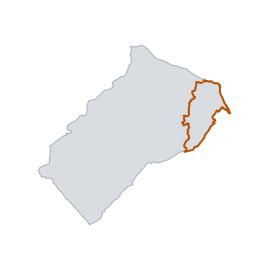 location of Western within Ghana, rotated 229°
{"feature_id": "GHA-2162", "entity_name": "Western", "entity_type": "Region", "adm_level": 1, "iso_a3": "GHA", "parent_name": "Ghana", "parent_adm1": "", "projection": "robinson", "projection_center": [-2.27, 5.896], "detail": "fine", "context": "in_parent", "style": "outline", "palette": "amber", "viewbox_px": 256, "rotation_deg": 229, "n_neighbors": 0, "source": "natural_earth", "source_scale": "10m", "svg_char_len": 6719}
<svg xmlns="http://www.w3.org/2000/svg" viewBox="0 0 256 256"><g transform="rotate(229 128 128)"><path d="M153.7,32.0L155.4,33.8L155.8,34.9L155.2,38.8L153.9,41.6L153.1,44.2L153.2,45.5L154.0,46.7L156.6,48.8L157.9,50.1L159.5,52.1L161.3,54.0L164.4,56.6L165.7,57.0L165.7,57.7L165.3,58.7L165.0,68.1L164.8,70.6L164.5,71.8L164.2,75.3L163.9,75.9L163.3,75.8L162.8,75.9L162.7,76.6L162.9,77.4L164.7,77.9L164.3,78.4L163.0,78.9L162.3,80.0L162.6,81.2L161.8,82.1L162.1,82.8L162.6,83.3L163.3,83.1L165.5,81.5L166.4,81.3L167.6,81.6L169.6,84.1L169.7,85.3L168.9,89.5L168.1,92.7L167.9,97.0L168.8,99.4L168.7,100.7L167.7,101.9L165.6,103.5L165.8,104.6L166.7,106.7L168.6,109.1L172.1,112.0L174.0,115.8L174.0,117.3L172.9,118.9L171.7,120.2L171.3,122.1L171.8,134.8L169.0,140.3L169.0,141.9L169.3,143.7L170.1,144.8L171.5,145.1L172.7,146.2L172.3,150.0L171.6,154.0L171.5,155.9L171.2,156.8L170.1,157.5L169.7,158.7L170.0,160.3L169.8,161.4L170.4,162.9L171.6,164.7L173.7,169.2L174.5,169.6L174.9,170.6L174.6,171.5L175.4,173.5L177.7,175.5L180.1,177.3L182.1,177.5L182.5,179.1L183.8,181.1L184.7,181.9L186.2,182.5L187.4,182.8L187.5,184.5L185.3,185.7L183.8,187.4L182.7,190.1L181.2,193.0L175.8,194.5L173.7,194.5L162.7,194.6L152.4,200.3L146.4,202.4L142.8,205.6L137.9,207.9L134.4,210.7L127.3,212.0L115.6,216.4L111.9,218.1L108.2,221.2L102.2,224.8L99.9,224.7L95.1,221.4L91.6,219.7L82.9,217.1L76.4,216.2L73.3,215.1L72.5,214.9L73.2,213.7L75.0,213.6L76.9,214.0L78.3,213.0L80.4,212.9L81.0,212.0L81.2,209.5L81.1,207.6L81.9,206.7L82.1,204.4L81.0,199.4L80.3,198.8L76.5,198.0L76.2,197.0L75.6,196.0L74.8,193.4L74.0,189.5L72.7,184.6L70.2,176.7L69.5,173.8L69.1,171.0L69.0,167.5L69.5,166.3L69.5,164.5L69.2,162.7L71.0,158.7L74.5,153.7L75.3,151.9L75.9,150.7L76.0,148.9L76.6,143.1L78.3,136.1L79.4,133.5L80.1,132.0L80.9,129.7L81.2,128.6L84.4,125.9L85.9,125.1L86.2,124.0L85.7,122.9L85.9,122.1L86.7,121.7L87.9,121.3L88.7,120.2L87.4,111.6L86.3,103.0L86.2,102.3L85.6,101.1L84.9,97.5L83.8,95.4L82.3,94.8L82.3,92.9L83.9,89.6L84.3,87.6L83.5,87.1L83.4,85.5L83.9,83.1L83.7,81.6L83.4,80.0L81.8,76.2L81.4,73.6L82.2,72.0L82.2,68.6L81.4,63.3L81.2,60.0L81.8,58.6L81.5,57.3L80.4,56.1L80.3,54.9L81.3,53.7L81.1,52.8L79.9,52.1L78.8,50.5L77.8,47.9L78.1,43.8L79.9,36.2L80.1,35.6L82.2,35.6L82.2,35.9L88.7,35.9L96.1,35.8L104.9,35.7L112.9,35.6L113.3,35.3L114.6,34.8L122.7,35.6L127.7,35.2L129.9,35.5L131.5,36.0L135.0,35.7L136.8,35.9L138.2,37.8L138.8,37.7L139.6,36.9L141.0,36.0L142.4,35.3L143.4,33.8L144.1,32.7L145.0,32.9L146.3,32.9L147.2,31.9L147.5,30.5L153.7,32.0Z" fill="#d9dde1" stroke="#a8b0b8" stroke-width="1"/><path d="M70.9,179.6L70.6,179.2L68.5,168.5L68.5,168.0L68.7,167.7L69.2,167.4L69.4,167.2L69.9,165.5L69.8,165.3L69.5,164.5L69.1,164.0L69.0,163.7L69.1,162.6L69.5,161.5L72.6,155.5L72.9,155.2L73.0,155.3L73.2,156.9L73.4,157.6L73.7,158.1L73.8,158.3L74.1,158.6L74.3,158.7L74.4,158.8L74.8,158.8L75.1,158.7L76.1,158.3L76.4,158.2L76.7,158.3L77.1,158.5L77.9,159.0L78.3,159.4L78.6,159.8L79.2,161.1L79.3,161.7L79.7,162.8L79.8,163.0L79.8,163.5L79.9,163.8L79.9,164.0L80.0,164.3L80.0,164.6L79.8,165.2L79.7,165.4L79.7,165.5L79.7,165.8L79.8,166.1L80.0,166.6L80.0,166.9L80.1,167.1L80.1,167.3L80.1,167.5L80.4,167.7L81.1,167.9L81.3,168.0L82.4,168.9L82.5,169.0L82.8,169.1L83.2,169.1L84.2,169.0L84.4,169.0L84.6,169.1L85.0,169.3L85.3,169.6L85.4,170.2L85.5,170.5L85.6,170.8L85.8,170.9L85.9,171.0L86.0,171.1L86.6,171.2L86.9,171.4L87.0,171.5L88.3,174.5L88.6,174.7L89.5,174.8L89.8,174.9L90.1,175.1L90.4,175.3L90.7,175.5L90.9,175.5L90.8,176.2L90.9,176.3L91.0,176.4L91.4,176.4L91.6,176.4L92.0,176.2L92.4,175.8L92.5,175.6L92.6,175.3L92.7,175.0L92.8,174.7L93.1,172.6L93.2,172.3L93.3,172.0L93.4,171.8L93.6,171.7L93.9,171.8L94.1,171.9L95.0,172.5L95.3,172.5L95.9,172.3L96.1,172.3L96.3,172.3L96.5,172.4L96.5,172.5L96.6,172.9L96.6,173.1L96.1,174.8L96.1,175.2L96.1,175.3L96.1,175.5L96.4,175.8L98.4,176.3L98.5,176.3L98.7,176.5L98.9,176.9L99.0,177.1L99.1,177.5L99.2,177.9L99.4,178.1L99.6,178.2L99.8,178.2L100.4,178.2L100.2,178.6L100.1,178.9L99.6,179.4L99.3,179.7L98.6,180.0L98.1,180.3L97.9,180.5L97.7,180.8L97.7,181.2L97.7,181.5L97.7,181.9L97.7,182.1L97.8,182.4L98.0,182.7L98.1,182.9L98.9,183.5L99.3,183.7L99.6,183.8L100.3,184.0L100.5,184.2L100.7,184.5L100.8,184.7L101.1,185.5L101.3,185.7L101.4,185.8L102.3,186.2L102.7,186.4L102.8,186.5L103.4,187.2L104.6,189.2L104.7,189.3L104.8,189.4L105.2,189.8L105.4,189.9L105.5,190.0L106.1,190.1L106.3,190.2L106.4,190.3L106.6,190.6L107.0,191.2L107.1,191.5L107.2,191.8L107.1,192.5L107.0,192.9L107.1,193.3L107.1,193.5L107.6,193.8L107.8,193.9L107.8,194.1L107.8,194.3L107.7,194.4L107.6,194.6L107.4,194.8L107.4,195.0L107.4,195.8L107.3,196.1L107.2,196.8L107.0,197.3L107.0,197.5L107.0,197.9L107.1,198.5L107.3,198.9L107.5,198.9L108.5,198.5L108.8,198.4L109.1,198.4L109.3,198.4L109.6,198.5L110.0,198.8L110.3,198.9L110.4,199.0L111.1,199.0L111.4,199.1L111.7,199.2L111.9,199.3L112.4,199.6L112.8,199.9L113.1,200.4L113.4,200.8L113.4,201.1L113.2,201.4L113.2,201.6L112.9,201.7L112.7,201.9L112.7,202.0L112.6,202.3L112.5,202.7L112.5,202.8L112.5,203.0L112.6,203.4L112.8,203.9L113.2,204.5L113.3,204.6L113.5,204.8L113.8,204.9L114.0,205.0L114.3,205.4L114.5,205.6L114.6,205.8L114.7,206.4L114.8,206.7L114.9,206.8L115.3,207.3L116.1,208.2L117.2,209.0L117.4,209.2L117.7,209.5L117.8,209.7L117.7,209.9L117.7,210.0L116.9,210.7L116.5,211.2L116.4,211.3L116.2,211.4L116.1,211.5L115.8,211.5L115.4,211.5L115.0,211.7L114.9,211.7L114.8,211.8L114.7,211.9L114.6,212.0L114.4,212.2L113.9,213.3L113.8,213.6L113.7,213.9L113.6,214.7L113.6,215.0L113.8,217.0L113.4,216.8L112.9,216.7L112.5,216.9L112.1,217.2L112.1,217.4L112.3,217.9L112.2,218.1L112.1,218.3L111.9,218.4L110.1,219.5L109.8,219.8L109.0,220.7L109.0,220.9L109.0,221.1L109.0,221.3L108.8,221.3L108.5,221.4L106.7,222.0L104.6,223.0L104.2,223.4L103.5,224.5L103.1,224.9L102.8,225.1L100.9,225.3L100.6,225.5L99.8,225.5L99.7,225.5L99.5,225.3L99.4,225.0L99.4,224.6L99.4,224.4L99.0,224.3L98.8,224.2L98.4,224.1L98.1,224.0L98.1,223.9L97.9,223.6L96.7,222.6L96.2,222.3L95.9,222.1L95.8,221.9L95.8,221.6L95.6,221.4L95.5,221.2L92.7,220.0L88.2,218.9L83.8,217.2L80.3,216.9L76.4,216.2L72.7,214.9L72.3,214.8L72.4,214.3L72.6,214.2L72.9,214.1L73.2,214.1L75.1,214.1L75.7,214.3L75.8,214.5L76.1,215.0L76.3,215.1L76.6,215.0L77.2,214.8L77.5,214.7L77.4,213.9L78.1,213.5L79.1,213.3L79.7,213.0L80.8,213.1L81.4,213.0L81.8,212.7L82.0,212.1L81.9,211.9L81.5,211.6L81.4,211.5L81.4,211.2L81.5,210.5L81.5,210.3L81.4,209.9L81.0,209.3L81.0,208.9L81.1,207.0L82.0,207.2L82.4,207.1L82.7,206.8L82.7,206.2L82.6,205.7L81.9,203.8L81.4,201.6L81.3,200.0L81.2,199.5L81.0,199.1L80.7,198.8L78.8,198.2L78.4,198.4L77.5,199.0L77.0,199.1L76.3,198.7L76.2,197.9L76.5,196.0L74.7,196.2L75.0,192.7L74.9,191.6L74.6,190.5L73.6,188.4L73.2,187.3L72.4,182.3L71.8,180.6L71.0,179.8L70.9,179.6Z" fill="none" stroke="#b45309" stroke-width="2"/></g></svg>